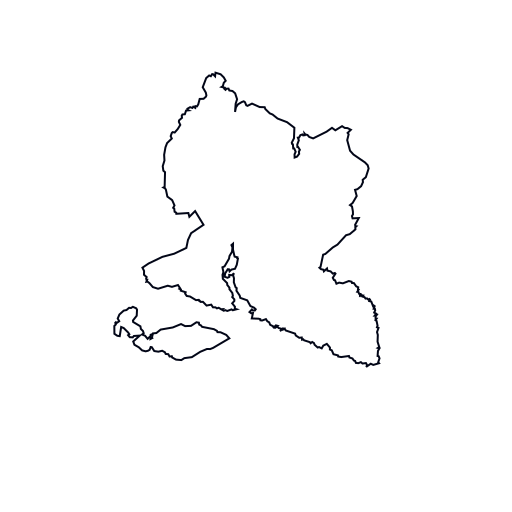 Frogn nor, Akershus, Norway (Natural Earth projection), rotated 316°
{"feature_id": "86288312B20700127257552", "entity_name": "Frogn nor", "entity_type": "district", "adm_level": 2, "iso_a3": "NOR", "parent_name": "Norway", "parent_adm1": "Akershus", "projection": "natural_earth1", "projection_center": [10.666, 59.695], "detail": "fine", "context": "isolated", "style": "outline", "palette": "ink", "viewbox_px": 512, "rotation_deg": 316, "n_neighbors": 0, "source": "geoboundaries", "source_scale": "gbopen_adm2", "svg_char_len": 6159}
<svg xmlns="http://www.w3.org/2000/svg" viewBox="0 0 512 512"><g transform="rotate(316 256 256)"><path d="M307.8,349.5L307.0,347.4L307.6,343.5L306.3,342.1L306.9,340.9L305.4,338.5L299.5,336.0L297.3,332.9L294.6,331.8L296.0,328.4L295.4,327.4L296.1,325.0L300.9,323.9L300.9,323.0L299.0,322.0L299.0,318.9L297.2,316.2L298.4,314.3L294.2,314.2L295.0,312.7L293.6,310.6L293.5,308.5L294.8,308.7L305.2,301.7L307.3,302.7L317.2,303.2L322.5,304.4L335.2,303.6L338.6,305.4L346.0,305.9L347.4,304.3L348.8,304.3L348.2,303.5L349.0,302.4L356.3,300.1L351.6,296.0L352.8,293.9L354.7,293.4L356.7,291.2L359.5,287.0L359.0,284.7L362.3,285.0L370.1,282.8L373.2,277.2L375.4,278.4L380.1,278.8L384.2,277.2L385.7,275.3L389.8,275.6L397.8,271.3L399.4,268.3L399.4,264.4L396.6,250.7L396.8,245.6L402.1,236.0L407.2,232.8L407.4,231.1L411.9,231.1L410.7,227.6L408.8,225.5L408.1,222.4L400.4,220.7L399.7,216.6L393.1,215.6L378.8,211.1L377.0,207.4L377.1,204.7L375.9,202.8L376.0,201.5L374.9,202.9L373.7,202.0L373.8,200.8L371.9,199.9L369.2,200.7L368.3,200.0L367.2,202.5L363.1,204.5L361.5,206.3L362.0,206.8L361.3,210.1L359.4,210.7L358.0,212.5L354.5,213.0L352.2,212.0L354.4,209.6L356.9,208.6L358.2,205.2L357.5,204.5L360.1,201.3L359.8,200.4L360.5,199.3L365.1,197.7L372.7,190.4L371.3,181.3L367.0,172.1L366.2,165.7L365.0,163.0L364.8,156.8L365.6,155.0L362.1,151.4L359.0,143.6L354.2,142.1L353.7,140.8L354.9,137.7L354.6,136.2L352.8,135.4L348.4,134.4L344.9,135.1L341.0,137.8L347.2,132.3L351.3,130.1L354.0,124.5L353.7,121.0L351.8,118.4L352.5,116.5L351.0,115.2L349.5,115.3L349.4,113.6L350.4,113.2L348.7,110.5L350.1,110.8L353.2,109.0L355.9,108.9L356.9,105.2L356.8,100.7L354.2,96.0L351.4,98.3L351.4,95.4L350.8,94.7L348.4,95.3L347.7,93.6L343.8,93.4L334.9,97.6L333.4,103.6L331.9,106.0L330.7,106.6L327.5,106.5L324.6,103.9L319.8,106.8L317.5,107.4L316.5,106.1L315.2,107.2L314.6,105.0L313.1,105.3L312.0,103.2L308.9,102.4L308.2,103.2L308.6,104.3L306.7,102.8L303.3,104.6L301.4,103.1L300.0,103.5L298.8,105.2L294.9,105.0L293.7,105.9L292.6,109.1L287.9,110.3L283.3,110.7L282.1,109.0L280.9,109.0L277.9,110.5L277.0,113.0L270.5,113.0L266.4,114.9L260.2,119.4L256.5,123.7L251.3,126.6L248.6,130.3L248.8,132.5L238.3,142.8L237.0,142.4L237.6,144.2L237.2,145.8L233.5,151.7L234.5,157.6L232.5,163.0L229.9,163.8L230.1,165.1L228.2,167.6L228.7,169.4L228.0,170.3L237.2,178.1L235.3,181.5L243.4,181.4L239.9,197.1L225.2,194.5L218.2,197.2L211.5,201.8L198.7,197.5L188.1,191.6L173.6,186.8L166.2,185.5L165.1,189.0L162.4,191.7L162.7,195.2L161.3,195.9L160.7,197.0L161.2,197.5L159.3,198.4L160.1,198.9L160.5,201.4L160.2,206.7L162.8,211.5L171.9,216.1L174.1,219.8L179.7,222.7L179.0,226.4L178.1,226.4L178.7,228.0L177.8,228.7L180.2,233.2L178.9,233.8L178.4,236.6L180.4,239.3L182.2,246.1L184.4,247.8L184.4,248.6L183.9,248.3L184.3,250.6L186.0,252.1L186.0,257.3L190.0,259.9L189.4,263.0L191.2,264.8L191.5,266.5L193.2,267.3L193.9,270.1L195.0,271.0L194.2,271.0L194.8,273.0L196.2,273.5L197.2,275.6L201.3,277.4L201.6,278.9L205.0,280.8L204.1,279.1L205.6,277.9L206.0,273.5L209.2,273.3L210.3,272.1L210.4,269.0L211.7,268.6L213.3,266.1L213.8,261.5L214.9,260.3L215.2,256.9L216.4,255.4L216.3,249.4L218.8,246.3L221.4,244.9L224.0,240.8L226.2,241.6L234.7,239.2L236.9,237.6L241.7,236.3L245.0,233.5L245.9,231.1L248.0,231.2L243.9,235.4L240.6,240.8L240.2,241.6L241.7,244.0L241.0,244.4L241.2,245.3L236.0,249.0L232.0,250.6L228.9,248.7L226.3,248.7L227.3,246.8L226.5,245.9L220.1,247.5L220.5,248.0L219.0,249.1L220.4,251.9L222.3,252.5L223.6,251.0L225.3,253.1L228.2,253.1L226.2,253.9L224.7,256.7L221.8,259.5L219.6,264.3L219.8,265.7L217.8,267.4L216.8,273.1L215.6,275.2L218.9,281.8L217.2,288.1L218.7,291.8L218.8,294.1L217.4,294.4L215.8,292.9L215.9,291.6L212.4,291.8L212.8,293.9L214.2,294.9L209.6,298.0L214.3,302.9L215.2,304.4L214.5,305.3L215.5,306.6L219.3,308.3L218.8,310.8L219.4,312.9L218.4,315.3L219.8,319.4L218.2,319.8L222.1,319.7L223.0,321.2L219.0,320.7L222.2,321.5L222.3,323.6L223.4,325.5L222.8,326.7L221.0,326.8L224.8,326.6L226.0,327.9L225.3,328.1L226.0,328.4L225.7,330.3L230.2,339.0L229.4,340.8L230.3,344.9L232.3,346.4L231.0,348.2L232.1,348.7L232.0,350.0L234.9,355.4L234.7,356.7L236.7,356.9L237.2,359.0L236.5,360.5L236.8,364.7L238.1,365.3L239.1,368.1L242.1,367.2L245.9,368.4L245.6,373.2L244.2,374.6L245.0,376.5L243.5,380.5L245.9,384.4L245.3,385.4L247.1,387.9L253.4,392.5L252.7,393.9L254.2,396.7L253.8,399.2L254.4,400.4L253.6,402.3L255.2,404.2L257.7,405.2L257.9,407.3L260.7,409.4L260.1,411.8L258.2,412.3L263.7,413.2L264.7,415.8L270.0,418.6L270.1,417.3L273.8,415.4L274.6,413.3L274.0,412.4L277.8,409.0L280.6,408.2L279.8,406.8L281.4,407.1L283.9,402.1L288.8,397.4L290.2,394.8L294.2,392.8L293.5,391.3L295.0,390.6L297.6,386.5L297.4,385.1L299.2,384.8L298.6,384.1L299.9,382.6L301.6,382.3L300.2,381.3L302.4,381.0L301.7,378.8L304.0,377.9L304.8,376.6L304.0,375.7L306.5,374.5L306.3,373.3L305.4,373.3L307.3,368.8L306.2,367.2L307.7,366.6L307.7,365.7L306.5,365.4L306.4,363.6L305.2,362.7L305.5,361.0L304.9,360.0L305.6,359.2L304.5,358.9L304.9,358.0L304.0,357.7L304.6,356.8L303.4,356.6L304.5,355.5L303.9,354.7L304.7,353.1L304.0,352.1L306.4,351.5L306.1,350.9L307.8,349.5ZM130.0,206.6L128.7,205.1L125.3,204.9L122.9,203.4L117.1,203.2L113.1,204.9L112.3,207.9L109.2,207.4L109.2,206.3L108.4,206.3L107.5,207.9L105.5,207.9L100.1,213.6L100.8,217.0L102.3,219.0L109.7,213.4L110.8,216.0L110.9,222.3L110.5,224.3L109.0,224.1L108.8,226.7L110.8,228.9L112.6,228.7L117.1,232.5L108.3,232.2L106.9,235.4L108.3,240.3L108.5,244.8L110.4,247.9L112.4,249.1L114.3,249.6L117.0,248.3L117.7,249.2L116.8,253.7L119.3,257.0L122.7,259.0L123.6,262.0L123.0,263.7L124.7,265.7L124.0,268.3L125.8,269.6L125.2,270.7L126.5,275.0L130.0,279.0L133.5,279.7L139.6,284.2L149.4,286.2L156.1,288.8L158.4,291.1L161.3,292.3L179.6,296.7L179.8,292.1L177.5,286.2L175.4,284.0L175.9,282.7L174.9,279.4L168.0,269.5L168.2,267.7L167.5,265.9L168.6,264.3L167.1,262.3L160.7,261.1L156.3,257.2L154.8,252.9L146.5,249.6L136.3,242.7L130.8,242.2L128.1,240.1L126.5,241.1L126.7,240.0L125.5,239.5L124.3,240.6L124.3,242.9L122.5,242.4L123.7,241.4L123.3,240.3L120.5,240.3L120.8,236.3L119.5,233.3L121.6,233.5L122.6,231.4L122.5,228.5L124.0,226.3L121.8,218.1L122.7,216.9L128.7,216.1L133.1,212.0L133.5,210.4L132.1,207.0L130.0,206.6Z" fill="none" stroke="#020617" stroke-width="2"/></g></svg>